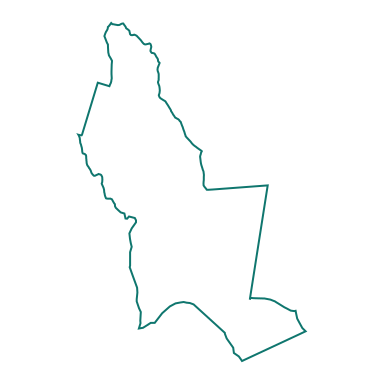 Derriere Dos, Anse-la-Raye, Saint Lucia
{"feature_id": "8701671B59724395423262", "entity_name": "Derriere Dos", "entity_type": "district", "adm_level": 2, "iso_a3": "LCA", "parent_name": "Saint Lucia", "parent_adm1": "Anse-la-Raye", "projection": "natural_earth1", "projection_center": [-61.009, 13.927], "detail": "fine", "context": "isolated", "style": "outline", "palette": "teal", "viewbox_px": 384, "rotation_deg": 0, "n_neighbors": 0, "source": "geoboundaries", "source_scale": "gbopen_adm2", "svg_char_len": 5163}
<svg xmlns="http://www.w3.org/2000/svg" viewBox="0 0 384 384"><path d="M78.4,134.8L78.8,135.5L79.2,136.5L79.5,137.3L79.6,137.6L79.8,138.4L79.8,139.2L79.9,139.4L80.0,140.3L80.1,141.3L80.2,141.9L80.2,142.5L80.3,143.0L80.5,143.5L80.8,144.2L81.0,144.8L81.2,145.5L81.3,146.1L81.6,147.0L81.8,147.7L81.9,148.4L82.0,149.0L82.1,150.1L82.2,150.6L82.2,151.2L82.3,151.9L82.5,152.8L82.7,153.2L83.2,153.6L83.7,153.7L84.6,153.9L85.1,154.3L85.5,154.8L86.0,155.2L86.1,156.0L86.2,156.7L86.2,157.4L86.2,158.0L86.3,159.0L86.4,159.7L86.4,160.5L86.5,161.1L86.6,161.9L86.6,162.5L86.7,163.3L86.9,164.0L87.2,165.0L87.4,165.4L87.8,166.0L88.1,166.4L88.7,167.2L88.9,167.7L89.3,168.3L89.8,168.9L90.2,169.7L90.5,170.1L90.8,170.8L91.0,171.4L91.2,172.1L91.5,172.9L91.9,173.5L92.3,174.0L92.8,174.7L93.2,175.0L93.7,175.6L94.2,175.8L95.1,175.7L95.7,175.4L96.1,175.2L96.7,174.9L97.5,174.6L97.9,174.4L98.5,174.0L99.1,174.2L100.0,174.4L100.5,174.6L100.9,174.8L101.3,175.2L101.8,176.2L102.1,176.7L102.2,177.3L102.3,177.9L102.3,179.1L102.4,179.6L102.3,180.4L102.3,181.0L102.2,181.9L102.1,182.6L101.8,183.2L101.7,183.7L102.1,184.6L102.3,185.1L102.6,185.7L102.9,186.4L103.2,187.1L103.5,187.7L103.7,188.5L103.9,189.1L104.1,190.0L104.1,190.6L104.2,191.4L104.2,192.0L104.4,192.8L104.6,193.5L104.7,194.2L104.8,194.8L105.0,195.7L105.2,196.3L105.5,197.0L105.6,197.4L106.0,198.3L107.0,198.6L108.8,198.7L110.3,198.6L111.2,199.0L111.9,199.3L113.4,202.0L114.3,203.5L114.9,204.2L115.0,206.2L115.8,207.8L118.4,210.3L120.7,212.4L124.4,213.5L125.5,218.5L127.1,218.7L129.0,216.5L134.8,218.0L136.0,220.3L136.0,222.3L131.7,228.4L129.4,233.4L130.0,238.9L130.8,243.2L131.7,246.8L130.1,252.2L130.1,261.0L130.1,265.6L129.7,267.2L132.4,274.8L137.1,287.7L137.4,292.6L136.7,299.2L136.7,301.4L139.0,308.2L140.8,312.0L140.3,320.7L140.5,323.2L138.9,328.5L143.0,327.8L150.7,322.9L154.7,322.9L162.2,313.2L169.9,306.4L175.5,303.4L180.3,302.5L183.6,302.0L186.7,302.7L189.8,303.0L193.6,304.4L224.8,332.8L224.9,333.8L226.7,338.5L233.2,347.7L233.9,353.0L236.2,354.6L238.8,356.4L240.8,359.2L242.0,361.0L301.4,333.3L305.6,331.3L302.3,328.0L299.4,322.7L297.2,318.6L296.2,313.9L295.6,310.8L294.3,311.1L292.7,310.9L290.7,310.6L286.8,308.5L284.4,307.3L278.3,303.5L276.3,302.3L274.8,301.3L273.4,300.8L270.4,299.6L264.6,298.5L254.0,298.2L250.5,297.9L250.2,298.7L249.8,299.6L258.0,247.2L267.7,185.4L212.8,189.5L207.9,189.8L206.7,189.7L206.5,189.4L206.2,188.9L205.4,187.9L204.4,186.7L203.6,185.4L203.5,183.5L203.6,181.7L203.8,180.0L203.8,178.3L203.8,177.0L203.9,175.2L203.9,174.9L203.5,171.5L203.2,170.7L202.8,169.8L202.5,168.7L202.1,167.4L201.3,164.9L200.9,163.1L200.7,161.7L200.4,159.1L200.1,156.7L200.2,156.0L200.4,155.3L200.4,155.2L200.8,154.0L201.0,152.9L201.4,152.0L201.8,151.2L201.4,150.8L200.0,149.8L198.7,148.9L196.9,147.6L196.3,147.1L196.1,146.9L194.9,146.1L193.5,145.0L193.0,144.5L192.5,144.0L191.9,143.4L191.4,142.7L190.5,141.5L188.6,139.5L187.4,138.2L186.6,137.4L185.6,136.1L185.6,135.8L185.5,135.5L185.0,134.1L184.2,131.4L184.1,131.2L183.5,129.7L183.0,128.1L182.5,126.6L182.1,125.8L181.8,125.0L181.1,123.1L180.7,121.9L179.9,121.2L178.9,119.8L178.2,119.2L176.8,118.5L176.5,118.3L176.4,118.2L175.2,117.6L174.7,116.8L174.0,115.7L173.9,115.5L173.6,115.2L173.1,114.5L172.9,114.1L172.8,113.9L172.2,112.8L171.6,111.9L171.1,111.2L171.0,110.8L171.0,110.5L170.7,109.9L169.9,108.5L169.6,108.1L169.3,107.6L168.0,105.4L166.4,103.0L165.5,101.5L164.9,101.0L163.5,100.2L161.3,98.8L160.3,98.1L160.2,98.0L159.7,97.4L159.3,96.7L159.0,95.8L158.8,95.2L159.0,94.6L159.5,93.1L159.8,90.5L159.6,88.1L159.5,87.5L159.5,87.3L159.3,86.2L159.1,85.5L158.6,84.4L158.0,82.5L158.0,82.3L158.0,82.2L158.1,81.6L158.4,80.8L158.7,79.8L158.6,78.8L158.7,78.3L158.7,77.2L158.7,76.3L158.7,76.1L158.7,75.9L158.7,75.2L158.7,74.2L158.6,73.6L158.2,72.3L157.9,71.5L157.7,71.0L157.5,69.5L157.7,68.2L157.7,67.9L158.4,66.1L159.5,63.3L159.6,62.9L159.4,62.6L158.5,61.8L158.2,61.4L158.0,60.3L157.9,59.5L157.9,59.3L157.6,58.7L157.4,58.3L156.7,57.3L156.4,56.9L155.1,54.4L154.7,53.9L154.4,53.5L152.7,53.0L152.0,52.9L151.7,52.9L151.2,52.3L150.8,51.6L150.5,51.1L150.5,50.4L150.6,50.2L150.6,49.8L150.8,48.9L151.3,46.9L151.1,45.9L151.0,45.3L150.7,44.7L150.5,44.1L149.7,43.5L149.5,43.4L149.3,43.4L148.5,43.8L147.0,44.1L145.8,44.4L145.1,44.4L144.9,44.4L144.2,44.0L143.8,43.9L142.7,42.7L141.9,41.7L141.0,40.4L139.9,39.2L138.1,37.3L137.5,36.7L136.6,35.7L134.5,34.7L133.8,34.9L133.7,34.8L132.1,35.2L130.9,35.0L130.1,34.2L129.9,33.3L129.3,30.7L127.7,29.3L126.2,28.3L125.6,26.8L124.6,25.4L123.9,24.5L123.3,23.5L123.1,23.5L122.5,23.5L121.8,23.7L120.9,24.1L119.7,24.8L119.1,25.0L117.8,25.1L117.3,25.0L114.5,24.5L113.1,24.2L112.3,24.2L111.7,23.5L111.2,23.0L110.6,23.8L110.0,24.7L108.6,26.4L107.9,27.0L107.8,28.1L107.5,29.3L106.8,30.6L106.0,31.8L105.2,33.7L104.4,36.1L106.2,40.8L106.9,42.6L107.5,43.8L107.9,44.4L108.0,47.4L108.2,50.9L108.3,52.6L108.7,54.1L108.9,55.3L110.8,58.5L112.0,60.8L111.9,62.3L111.7,64.4L111.6,67.9L111.5,71.1L111.5,74.1L111.6,75.8L111.7,77.5L111.7,78.8L111.4,80.0L111.3,81.2L110.8,83.0L110.1,84.4L109.4,86.2L97.8,82.7L82.2,134.1L82.0,134.7L81.6,135.3L81.1,135.2L80.9,135.2L80.3,135.2L79.7,135.1L79.1,134.9L78.7,134.9L78.4,134.8Z" fill="none" stroke="#0f766e" stroke-width="2"/></svg>